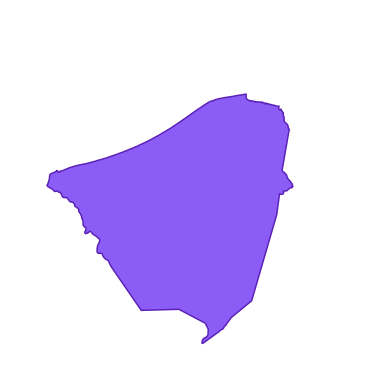 Santa María Colotepec, Oaxaca, Mexico, rotated 132°
{"feature_id": "50627088B92566493153794", "entity_name": "Santa María Colotepec", "entity_type": "district", "adm_level": 2, "iso_a3": "MEX", "parent_name": "Mexico", "parent_adm1": "Oaxaca", "projection": "albers", "projection_center": [-96.986, 15.853], "detail": "fine", "context": "isolated", "style": "filled", "palette": "violet", "viewbox_px": 384, "rotation_deg": 132, "n_neighbors": 0, "source": "geoboundaries", "source_scale": "gbopen_adm2", "svg_char_len": 5561}
<svg xmlns="http://www.w3.org/2000/svg" viewBox="0 0 384 384"><g transform="rotate(132 192 192)"><path d="M313.9,150.5L288.0,123.3L280.6,94.3L283.1,88.1L287.1,84.8L289.4,84.1L293.5,85.4L295.6,84.9L297.6,83.4L297.3,82.7L282.4,79.5L281.3,79.4L281.1,79.3L280.6,79.1L280.0,79.1L279.4,78.9L278.4,78.5L277.6,78.5L276.5,78.5L275.5,78.3L274.9,78.2L274.7,78.0L274.1,77.7L272.9,77.4L272.2,77.5L271.5,77.6L270.9,77.8L270.3,77.9L269.6,77.9L268.9,77.8L268.3,77.7L267.7,77.9L266.7,78.0L265.1,78.2L264.0,78.3L263.2,78.4L262.0,78.5L260.7,78.6L259.3,78.8L258.7,78.8L232.9,74.9L152.3,113.8L134.8,125.7L134.4,125.0L134.3,124.6L134.2,124.3L133.7,123.8L133.2,123.5L132.9,123.3L132.5,123.1L132.0,123.0L131.5,123.2L131.1,123.6L130.6,124.0L130.3,124.5L130.1,124.6L129.8,124.5L129.5,124.3L129.2,124.0L128.8,123.4L128.2,122.7L127.8,122.5L127.4,122.3L127.1,122.4L126.6,122.4L126.2,122.2L125.1,122.0L124.8,122.0L124.4,122.0L123.2,121.9L122.9,121.7L122.0,121.3L122.1,120.7L121.5,120.6L121.1,120.6L120.2,120.9L120.0,121.3L119.9,121.7L119.6,122.5L119.0,122.7L119.1,123.2L119.0,123.5L118.8,124.0L118.6,125.1L118.5,125.5L118.5,126.0L118.2,126.3L118.3,126.9L118.2,127.3L118.1,128.8L117.9,129.6L117.5,130.8L117.2,131.3L116.9,131.8L116.4,132.5L116.0,133.4L115.7,136.8L116.1,138.0L115.7,139.5L81.8,160.8L80.7,161.2L80.4,161.6L80.3,162.8L78.3,165.4L77.9,167.5L78.1,169.5L78.0,169.8L77.4,171.1L76.1,172.4L75.7,172.7L75.4,173.2L75.1,173.6L74.9,173.7L74.5,173.9L74.6,174.2L74.6,174.4L74.5,174.6L74.3,174.9L74.3,175.1L73.7,175.7L73.4,176.0L73.1,176.3L72.9,176.3L72.7,176.5L72.1,177.2L72.0,177.6L71.8,178.7L71.7,179.0L71.8,179.6L71.7,179.8L71.4,180.1L71.3,180.3L70.9,180.9L70.9,181.1L70.9,181.3L71.1,181.4L71.4,181.5L71.6,181.6L72.0,181.6L72.1,181.9L72.2,182.0L72.3,182.1L72.3,182.3L72.3,182.5L72.1,182.7L72.1,183.0L71.0,184.4L70.1,184.7L70.3,185.0L70.5,185.1L70.5,185.3L71.1,186.0L71.4,186.5L71.7,186.8L71.8,187.0L71.9,187.5L72.1,187.9L72.3,188.1L72.4,188.3L72.4,188.5L72.6,188.5L72.8,188.9L72.8,189.1L73.0,189.3L73.1,189.6L73.2,190.0L73.3,190.1L73.7,190.7L73.8,190.9L73.8,191.2L73.9,191.3L74.0,191.5L74.3,191.9L74.4,192.1L74.5,192.2L74.6,192.5L74.7,192.8L74.8,192.9L74.9,193.3L75.1,193.4L75.3,193.6L75.6,194.4L75.7,194.6L75.7,194.8L75.8,195.1L76.0,195.3L76.3,195.8L76.3,196.0L76.6,196.3L76.7,196.5L76.8,196.5L76.9,196.4L76.9,196.5L77.0,196.6L76.8,196.6L76.9,196.9L77.3,197.1L77.4,197.5L77.7,197.8L77.8,198.5L77.8,198.8L77.9,199.2L78.4,199.4L78.4,199.6L78.5,199.8L78.6,200.0L78.8,200.1L78.7,200.3L78.8,200.3L78.9,200.5L79.1,200.7L79.3,200.9L79.3,201.0L79.6,201.1L79.6,201.3L79.7,201.5L79.8,201.6L79.9,201.8L80.0,201.9L80.1,202.2L80.2,202.3L80.3,202.4L80.5,202.5L80.6,202.8L80.7,203.0L80.9,203.2L81.0,203.2L81.1,203.3L81.1,203.6L81.2,203.8L81.3,204.0L81.6,204.1L81.9,204.3L82.5,204.9L82.5,205.0L82.4,205.3L82.5,205.4L82.8,205.4L82.8,205.6L82.8,205.9L82.9,206.2L83.0,206.2L83.0,206.4L83.4,206.5L83.4,207.1L83.7,207.4L84.1,208.2L84.3,208.5L84.5,208.7L84.5,208.9L84.8,209.4L84.9,209.6L85.3,209.6L85.9,211.1L86.0,211.7L86.0,211.9L86.2,213.0L86.2,213.4L86.1,213.9L85.7,214.9L85.0,215.6L84.5,215.9L84.0,216.4L83.1,217.2L83.1,217.3L83.6,217.6L83.8,218.0L84.3,218.3L84.8,218.7L85.3,219.2L85.9,219.5L86.9,220.3L89.2,222.3L89.9,222.8L91.0,223.7L91.4,224.0L91.9,224.4L93.0,225.2L94.5,226.4L95.9,227.5L97.2,228.6L97.7,228.9L98.0,229.3L98.5,229.6L99.0,230.1L99.6,230.5L100.2,231.1L102.3,232.5L104.4,234.3L105.3,234.9L106.4,235.5L107.2,236.1L109.0,237.1L109.4,237.1L109.8,237.0L110.0,237.1L110.0,237.3L110.4,237.7L111.1,238.2L112.2,238.9L114.0,239.6L116.4,240.3L119.9,241.3L121.3,241.6L123.2,242.0L124.5,242.4L126.6,242.9L127.4,243.1L129.9,243.8L130.9,243.9L132.0,244.2L141.0,246.2L144.3,247.0L149.7,248.3L152.2,248.9L154.3,249.4L155.5,249.8L157.1,250.1L158.9,250.6L163.2,251.9L165.2,252.5L167.3,253.3L169.2,253.7L170.9,254.3L174.2,255.4L177.2,256.5L178.9,257.1L182.5,258.4L187.5,260.4L191.9,262.3L193.6,263.0L195.0,263.5L197.1,264.6L198.6,265.2L200.7,266.3L204.1,267.9L210.2,270.9L211.5,271.7L213.6,272.7L215.0,273.5L220.1,276.3L222.1,277.4L224.1,278.5L225.8,279.6L228.4,281.1L231.2,283.0L233.2,284.1L238.2,287.3L239.8,288.3L242.9,290.5L246.6,293.3L248.1,294.3L249.7,295.5L250.8,296.2L254.2,298.2L255.3,299.0L256.0,299.3L259.5,301.0L260.7,301.5L263.0,302.6L264.0,303.3L264.3,303.7L264.5,303.9L265.5,303.8L265.8,304.0L266.1,304.2L266.5,304.2L266.7,304.6L266.7,305.1L266.4,305.7L266.5,306.0L266.3,306.1L266.3,306.3L266.5,306.5L266.4,306.6L266.6,306.9L266.9,306.8L267.1,306.7L267.5,306.8L268.2,307.0L269.7,307.6L272.8,309.1L274.6,309.1L278.1,306.5L281.4,305.0L283.0,304.4L283.6,304.4L283.9,304.2L284.3,303.7L284.4,303.0L284.0,300.5L283.6,298.7L283.2,297.5L283.6,294.9L283.2,294.1L282.7,293.7L281.6,293.1L281.1,290.2L280.5,289.9L280.4,289.2L281.2,287.4L282.2,285.1L282.3,284.4L281.9,283.5L281.3,282.7L280.3,281.9L280.0,281.1L280.2,279.6L280.4,278.3L280.8,276.9L280.8,276.0L279.3,273.5L279.5,271.9L280.1,270.5L280.6,270.2L280.9,269.7L280.9,268.9L280.7,267.3L280.3,265.6L281.1,264.2L281.8,263.6L282.6,262.0L282.8,260.5L284.0,257.8L285.0,256.6L286.6,253.5L289.1,251.1L289.6,250.3L289.9,248.6L289.5,247.1L290.2,246.2L291.9,245.2L293.6,244.9L294.1,244.2L294.1,243.2L293.0,242.5L292.2,242.0L290.6,241.7L289.5,241.6L289.1,240.6L289.6,238.0L289.6,236.8L289.0,233.6L288.9,232.9L289.1,231.7L289.1,230.8L288.9,229.5L289.2,228.5L290.6,227.6L292.8,226.9L294.6,226.4L295.1,226.2L298.0,224.3L299.9,222.6L300.3,221.9L300.3,220.7L299.7,219.9L298.1,218.2L298.2,217.3L299.3,214.8L299.7,213.2L299.7,212.0L299.5,210.3L299.0,208.2L299.1,207.8L299.8,206.6L301.5,202.4L313.9,150.5Z" fill="#8b5cf6" stroke="#5b21b6" stroke-width="1.5"/></g></svg>